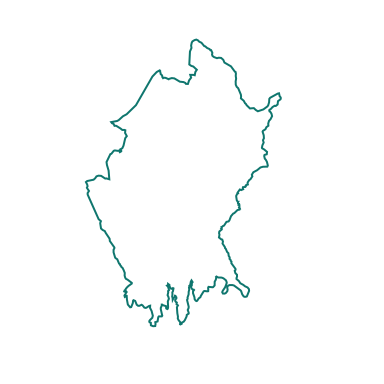 Kwahu East, Eastern, Ghana (Mercator projection), rotated 127°
{"feature_id": "2480657B54162505201867", "entity_name": "Kwahu East", "entity_type": "district", "adm_level": 2, "iso_a3": "GHA", "parent_name": "Ghana", "parent_adm1": "Eastern", "projection": "mercator", "projection_center": [-0.802, 6.73], "detail": "fine", "context": "isolated", "style": "outline", "palette": "teal", "viewbox_px": 384, "rotation_deg": 127, "n_neighbors": 0, "source": "geoboundaries", "source_scale": "gbopen_adm2", "svg_char_len": 6069}
<svg xmlns="http://www.w3.org/2000/svg" viewBox="0 0 384 384"><g transform="rotate(127 192 192)"><path d="M117.4,292.4L123.6,293.1L156.4,289.0L169.3,291.0L173.0,292.7L178.7,293.8L180.3,294.5L184.8,298.6L185.2,297.3L184.8,295.6L185.8,293.7L184.9,292.7L184.7,291.9L184.3,287.2L184.4,285.1L183.0,283.2L182.8,282.4L185.1,281.0L186.6,277.7L189.2,277.7L196.2,274.6L199.0,274.0L201.2,275.0L201.5,274.8L201.5,273.5L202.1,273.0L203.6,273.6L203.3,274.3L202.5,274.5L202.5,274.9L203.9,276.2L205.2,278.6L206.2,279.3L210.0,279.4L210.9,280.0L219.5,278.3L221.6,276.2L225.1,271.5L231.6,265.7L232.7,268.6L233.5,269.4L233.8,274.3L235.2,276.5L237.0,277.7L239.3,277.6L241.4,278.0L246.3,282.3L247.9,282.7L249.1,280.2L250.2,278.9L251.9,278.5L253.2,274.9L255.7,274.7L256.9,273.7L269.9,250.2L270.1,247.2L272.1,246.6L275.9,242.7L276.1,240.5L275.7,238.1L276.6,236.3L278.9,229.7L280.6,228.1L283.0,220.6L283.8,220.1L285.3,219.9L287.4,218.3L290.5,214.1L290.8,213.4L290.7,211.2L293.1,207.1L293.0,206.0L293.8,205.1L293.9,203.9L294.4,203.2L294.4,201.8L295.5,199.6L297.1,197.0L299.3,195.5L300.6,193.8L301.1,192.5L300.8,190.7L300.8,185.4L301.4,185.0L305.3,186.2L307.2,186.5L309.2,186.6L310.2,186.2L311.0,186.6L312.2,186.3L312.0,185.5L311.0,184.8L311.2,184.0L312.5,184.0L313.4,183.6L314.4,183.8L315.4,183.6L315.7,183.2L315.0,183.3L315.6,182.3L314.6,182.0L314.3,181.6L317.1,179.2L320.5,175.5L321.3,172.0L320.5,171.3L316.4,172.4L314.1,173.7L313.6,173.6L313.2,171.8L315.3,168.3L315.3,166.5L314.5,165.5L312.4,164.4L312.3,163.2L313.0,160.5L312.5,159.3L311.9,158.8L308.9,157.7L308.0,157.0L309.8,155.8L311.3,152.7L314.4,148.8L316.4,148.0L319.6,148.5L320.8,148.4L321.3,148.0L321.6,147.5L321.2,146.2L323.2,144.6L322.6,142.3L321.2,140.7L319.3,141.7L318.1,143.0L316.1,141.6L312.3,143.6L311.3,143.6L309.6,141.3L308.7,141.3L304.4,146.4L303.3,147.2L300.9,147.8L300.1,148.4L299.8,148.0L299.9,147.1L298.8,144.1L300.5,142.5L300.4,141.3L299.7,141.1L298.3,141.8L293.9,145.5L291.2,146.2L289.9,147.8L289.1,149.4L286.6,150.5L285.5,151.5L284.2,151.3L282.2,153.9L281.8,155.6L280.9,155.0L279.8,155.8L279.8,154.1L280.4,153.7L281.4,152.1L281.8,150.4L281.3,149.7L280.2,149.4L280.1,148.8L282.7,147.5L284.0,147.3L285.4,146.1L287.6,144.8L288.0,144.0L289.6,142.6L288.0,142.9L286.3,142.6L285.1,143.2L284.9,142.7L285.3,142.1L285.5,141.1L286.5,140.4L288.1,140.6L289.1,139.8L289.5,138.8L289.4,137.6L290.9,136.9L291.0,135.0L293.1,134.7L297.7,130.7L299.9,128.3L301.6,127.2L302.5,125.4L302.9,123.5L303.6,122.6L304.8,122.0L304.8,121.6L303.5,120.9L302.4,121.5L300.6,120.6L298.6,120.6L294.7,121.4L293.3,122.2L291.1,121.5L290.4,122.0L288.8,124.4L286.7,124.9L285.6,125.6L281.2,131.0L279.9,131.2L278.9,132.1L275.8,133.1L273.7,134.6L271.7,135.4L270.0,137.0L269.0,137.1L268.6,137.7L267.3,137.5L264.3,139.0L262.9,139.2L263.6,137.3L264.8,137.3L266.8,135.9L267.8,135.9L268.6,135.4L269.3,134.2L269.5,132.7L268.9,131.8L269.0,131.4L270.7,131.4L272.2,130.3L274.6,126.7L276.0,125.4L276.5,124.0L276.5,122.9L275.8,122.4L272.9,122.6L271.0,122.0L269.7,122.4L264.3,122.9L263.5,122.4L262.2,120.1L261.5,119.4L259.7,120.6L259.0,121.4L257.8,121.7L255.6,118.1L255.3,117.9L253.4,117.7L253.0,117.7L250.0,119.9L247.8,120.2L245.7,121.1L245.4,121.7L244.8,121.6L244.5,119.6L242.5,116.8L242.0,114.9L242.1,111.8L242.7,110.7L243.6,109.6L245.9,108.8L248.3,108.2L252.3,108.0L253.8,107.6L254.5,106.2L253.5,104.8L252.4,104.2L250.0,104.1L248.5,104.8L247.2,106.3L245.9,106.8L245.0,106.7L243.7,106.0L242.0,103.7L241.4,102.2L241.3,94.1L241.6,93.1L243.5,90.3L244.3,87.9L243.9,86.6L242.6,85.4L242.2,85.4L236.6,86.9L235.3,88.1L234.8,90.2L235.4,93.0L235.3,95.1L235.8,98.5L234.9,100.9L234.7,104.1L233.9,104.7L232.5,105.1L231.0,106.3L230.7,108.5L229.2,110.5L227.9,110.4L227.2,111.0L225.2,117.7L223.8,118.6L223.7,119.6L223.0,120.4L222.8,121.8L221.5,122.6L220.9,124.3L219.0,126.1L218.7,128.0L217.0,130.9L217.0,131.7L216.2,132.6L214.8,136.6L213.0,137.4L211.8,139.2L212.2,140.2L212.1,143.1L209.5,144.4L208.8,145.4L207.6,146.2L207.0,146.4L204.0,145.7L203.4,146.2L203.4,146.7L202.9,146.6L202.3,147.2L202.2,147.0L200.8,146.9L199.5,146.2L195.1,146.5L193.5,145.1L192.0,145.1L187.8,146.3L184.4,146.1L183.4,145.5L179.0,144.8L177.5,143.5L177.1,143.7L176.6,143.5L176.0,144.5L176.3,144.7L176.1,145.2L175.0,145.4L173.9,146.3L174.3,147.0L173.2,147.4L173.5,148.3L172.6,149.1L172.0,149.2L172.3,149.6L171.7,151.2L169.1,153.9L168.4,154.4L166.3,154.8L165.4,154.4L165.1,155.2L162.0,155.3L161.2,155.3L160.9,153.9L159.0,152.8L158.5,153.7L157.5,154.2L155.9,152.5L155.2,152.4L154.9,152.9L154.1,153.0L152.4,151.9L151.6,152.9L150.8,153.3L148.1,153.5L146.6,153.0L143.2,153.2L142.2,154.6L139.3,154.9L135.4,153.1L131.2,152.1L129.1,150.5L126.4,147.1L125.2,147.4L122.9,150.2L121.9,152.3L121.5,154.0L119.8,156.0L118.7,156.4L116.9,155.0L114.8,156.2L114.6,160.1L114.9,162.3L114.6,162.8L112.3,163.9L109.4,164.5L107.9,166.5L105.8,166.9L103.5,168.9L101.4,171.9L100.4,172.1L97.7,171.1L95.5,171.6L93.1,170.9L91.5,172.3L88.9,173.3L86.5,173.1L83.2,173.7L81.6,175.7L80.8,177.8L81.0,178.5L80.5,179.3L79.8,179.6L78.2,179.0L75.7,178.8L73.4,177.9L72.9,176.9L70.6,176.3L67.7,178.0L64.7,177.1L63.7,177.5L63.1,178.1L62.7,179.7L60.8,181.9L61.9,182.8L69.7,186.3L71.1,186.3L74.0,184.4L77.0,183.3L78.4,183.3L83.1,184.7L87.9,188.0L88.1,190.4L87.8,193.1L90.4,196.0L89.8,200.6L89.2,202.0L89.2,203.0L88.0,205.6L87.8,209.3L86.0,210.4L84.8,211.6L81.3,217.6L81.1,219.6L80.0,221.6L77.4,223.7L74.9,225.0L73.0,226.9L71.0,228.2L69.9,229.5L70.1,230.2L68.2,236.5L69.1,244.0L67.6,246.6L67.4,249.4L68.6,251.4L70.1,252.6L71.0,255.6L71.0,257.5L70.2,258.7L68.6,259.5L67.2,262.1L67.7,262.7L67.3,264.0L67.9,266.6L67.7,269.1L68.1,270.0L67.1,274.3L67.6,276.7L67.3,278.5L67.7,280.3L69.2,281.4L71.5,282.3L73.1,282.0L75.6,280.8L77.3,279.1L81.0,278.2L91.8,270.9L91.7,268.4L91.0,266.5L91.5,261.7L94.0,261.6L97.1,260.1L97.7,261.5L99.5,263.9L101.2,261.5L104.6,261.5L108.2,260.3L109.3,262.0L108.9,263.0L109.3,264.9L111.2,268.1L111.9,274.5L113.2,276.7L115.6,278.5L116.0,278.5L116.7,281.7L117.6,283.2L118.5,283.6L118.0,285.0L117.3,285.5L116.8,286.5L116.7,287.9L115.1,289.7L114.9,290.7L114.4,290.6L114.3,291.0L117.4,292.4Z" fill="none" stroke="#0f766e" stroke-width="2"/></g></svg>